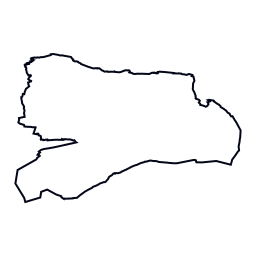 the district of Meldal nor, Sør-Trøndelag, Norway
{"feature_id": "86288312B14672421796799", "entity_name": "Meldal nor", "entity_type": "district", "adm_level": 2, "iso_a3": "NOR", "parent_name": "Norway", "parent_adm1": "Sør-Trøndelag", "projection": "robinson", "projection_center": [9.604, 63.038], "detail": "fine", "context": "isolated", "style": "outline", "palette": "ink", "viewbox_px": 256, "rotation_deg": 0, "n_neighbors": 0, "source": "geoboundaries", "source_scale": "gbopen_adm2", "svg_char_len": 5313}
<svg xmlns="http://www.w3.org/2000/svg" viewBox="0 0 256 256"><path d="M34.8,57.5L32.3,57.9L32.3,58.0L32.0,58.1L32.3,58.3L32.3,58.5L32.2,58.7L32.3,58.8L32.2,58.8L32.6,58.9L32.5,59.0L32.2,59.1L32.0,59.3L31.9,59.3L32.1,59.5L31.8,59.7L32.1,59.7L32.1,59.8L32.1,60.0L32.3,60.1L32.2,60.3L32.4,60.3L32.2,60.5L32.9,60.5L32.6,60.7L32.7,60.8L32.1,61.1L32.1,61.3L31.9,61.5L31.4,61.7L31.5,61.8L31.3,62.0L30.8,62.0L29.9,62.1L29.9,62.3L30.1,62.3L29.8,62.5L29.3,62.6L29.6,62.7L29.3,62.9L29.3,63.2L28.6,63.6L28.1,63.7L28.3,63.8L27.8,63.8L28.0,64.0L27.7,64.0L27.1,64.1L27.0,64.4L26.5,64.5L26.0,64.5L25.8,64.6L25.5,64.6L25.6,64.9L25.4,65.2L25.2,65.1L24.7,65.1L24.7,65.3L24.9,65.5L24.5,65.6L24.9,65.7L24.4,65.8L24.8,65.9L24.9,66.0L25.1,66.4L25.1,66.7L25.5,67.1L25.9,67.2L26.2,67.6L26.3,68.6L26.0,69.2L26.6,71.3L26.8,72.8L27.9,74.4L28.4,75.4L30.1,75.1L30.3,75.3L30.9,75.5L30.8,76.0L29.5,77.1L28.3,78.9L28.2,79.1L28.8,79.7L29.5,80.2L31.2,81.0L31.8,81.4L30.7,81.3L29.0,82.3L28.1,82.5L28.4,84.5L29.2,86.3L25.9,88.9L25.3,90.6L24.8,91.6L24.3,94.2L22.8,94.0L22.5,96.0L21.7,97.5L21.3,97.4L21.3,98.5L22.0,101.8L22.1,103.2L22.5,104.0L23.6,105.6L23.7,106.1L24.1,106.7L24.1,107.3L23.8,108.1L23.8,108.6L24.3,109.5L24.5,110.7L24.0,113.3L24.4,114.7L24.4,116.1L24.6,116.9L22.8,117.2L18.9,118.1L19.1,119.7L18.4,122.6L20.2,123.8L22.3,124.4L22.8,124.6L23.2,124.6L24.0,124.9L24.4,126.2L24.4,126.5L27.6,126.8L30.9,126.9L31.3,127.0L32.4,127.3L33.9,127.2L35.0,127.2L35.6,127.4L33.5,133.6L38.0,134.5L37.7,133.7L38.2,133.7L39.0,135.5L40.0,135.7L40.8,136.2L40.9,136.9L41.0,138.2L40.7,139.3L40.9,139.7L43.0,139.6L43.3,140.2L43.8,140.1L44.7,140.0L45.7,139.7L47.6,139.5L48.1,140.1L48.0,140.3L56.1,139.7L61.3,139.9L62.8,139.9L62.6,139.6L62.4,139.1L63.7,139.4L64.4,139.2L64.7,139.3L65.1,139.1L65.7,139.3L67.1,139.3L68.8,139.5L70.1,139.4L71.3,139.8L71.6,139.8L73.2,140.5L73.6,140.5L73.9,140.3L74.3,140.2L75.0,140.9L75.3,141.7L76.3,142.4L53.7,147.4L47.4,148.5L43.9,149.0L40.9,150.0L38.9,151.5L40.0,152.5L38.1,154.0L37.6,154.8L39.1,155.1L39.7,155.8L39.2,156.1L38.4,157.0L37.1,157.9L36.4,159.4L17.6,170.0L15.4,183.5L24.2,197.9L24.7,199.8L25.3,202.0L40.3,197.5L41.2,191.8L47.2,189.6L56.4,194.6L61.3,196.2L61.4,197.3L64.0,199.0L64.2,198.6L66.6,198.7L72.9,198.4L73.0,198.1L77.0,197.8L79.9,195.3L85.0,191.6L87.6,190.1L91.9,187.9L92.5,187.4L93.0,186.8L95.6,185.9L98.5,184.5L99.7,183.6L102.5,182.6L103.4,182.3L103.7,182.1L105.1,182.1L105.6,181.8L108.4,178.6L108.7,177.5L109.2,176.8L109.9,176.3L111.8,175.3L112.1,175.0L112.8,174.1L113.5,173.5L114.3,173.6L114.4,173.4L114.7,173.3L115.0,173.4L115.0,173.1L116.6,173.1L117.5,173.2L118.6,173.1L119.3,172.8L119.6,172.8L120.4,172.5L121.4,171.9L121.9,171.4L122.7,171.2L125.4,169.9L126.0,169.8L127.1,169.1L129.7,167.8L131.3,166.9L133.1,166.1L135.2,165.3L136.8,164.9L140.0,163.4L141.3,162.9L144.3,162.1L144.8,161.7L145.6,161.6L145.9,161.7L146.3,161.6L147.6,161.3L147.8,161.1L148.5,161.0L150.4,160.5L151.5,160.7L153.9,161.1L154.3,161.0L156.3,161.1L157.4,161.4L158.2,161.8L159.4,162.0L161.7,162.2L162.6,162.2L163.6,162.4L164.1,162.4L168.0,162.7L168.8,162.9L174.5,163.3L177.3,163.2L193.9,159.9L195.2,160.0L195.7,160.2L195.8,160.4L195.8,160.6L196.0,160.6L196.4,162.3L202.1,162.4L216.2,161.0L230.8,164.7L232.2,159.6L234.9,156.0L237.8,151.7L239.1,150.4L238.6,146.5L239.6,141.5L239.7,139.9L240.2,137.2L240.6,130.4L236.3,122.4L235.5,121.1L234.8,120.2L232.5,116.2L231.2,116.4L230.0,114.8L229.8,114.1L229.5,113.5L228.4,113.1L227.8,112.7L227.3,112.2L226.1,110.6L224.9,109.8L224.0,109.0L220.7,107.1L220.6,106.3L220.3,105.9L219.4,105.1L218.4,104.4L216.5,103.3L214.9,102.0L214.0,101.5L214.0,101.2L213.8,100.7L213.3,100.5L212.3,100.4L209.1,99.8L207.9,100.1L208.4,100.5L209.1,101.1L209.6,101.5L208.4,102.1L207.5,102.3L208.1,103.1L208.5,104.1L207.5,105.7L206.7,106.3L205.8,106.7L204.0,105.9L201.8,105.2L200.3,105.0L200.2,104.9L200.4,104.5L200.1,103.7L198.8,102.6L199.3,101.8L199.8,100.7L199.0,99.9L198.8,99.7L196.1,98.8L195.6,98.4L195.8,97.6L195.8,97.2L195.5,96.5L195.6,95.5L195.4,95.2L194.7,93.3L194.3,92.2L192.8,89.5L193.1,83.5L194.4,80.7L193.4,76.4L191.7,76.1L192.1,75.1L192.2,74.9L189.4,74.1L188.8,74.0L186.8,74.9L183.8,74.3L182.2,74.2L181.6,74.0L181.3,73.6L178.9,73.4L178.9,73.5L173.7,73.4L173.9,73.0L164.4,72.0L159.5,71.7L157.4,72.1L157.3,72.4L157.8,73.1L157.3,73.4L155.7,73.3L155.8,73.3L155.3,73.1L155.3,72.9L154.5,72.7L154.1,72.5L153.5,73.0L152.2,72.7L149.2,74.0L140.8,73.7L139.7,73.8L138.2,73.7L137.9,73.8L137.2,73.7L136.7,73.8L136.2,73.8L135.1,74.0L134.0,73.9L133.5,73.9L132.7,73.6L132.4,73.2L132.2,73.1L130.2,72.6L129.9,72.6L129.3,72.4L129.5,72.1L129.8,72.0L129.8,71.7L130.0,71.6L129.9,71.4L129.7,71.3L129.4,70.6L128.8,70.3L128.7,70.4L125.0,70.3L123.3,71.1L122.4,71.3L121.0,72.0L119.0,72.3L117.1,72.1L114.7,71.9L114.5,71.5L114.3,71.6L112.7,71.8L111.4,71.7L108.1,71.9L107.6,71.4L106.7,71.5L104.5,71.6L103.0,70.7L102.1,70.5L100.9,69.5L100.2,69.0L100.0,68.8L99.3,68.3L98.0,68.2L97.7,68.5L97.3,68.5L97.1,68.2L95.4,68.2L94.4,68.4L92.5,68.2L92.0,68.1L90.4,67.4L89.7,67.3L87.9,66.7L81.5,64.2L81.0,64.0L80.8,63.5L78.1,62.2L78.0,61.7L76.0,61.3L74.8,61.4L73.2,60.6L73.0,60.2L73.0,59.8L73.2,59.5L71.7,58.3L71.7,57.9L71.5,57.6L71.1,57.0L64.4,55.8L62.5,55.4L61.9,55.3L61.3,55.5L59.9,55.4L58.8,55.0L53.2,54.0L50.7,54.3L50.7,55.1L43.3,57.1L40.9,57.1L39.5,57.6L38.4,57.5L37.6,57.4L36.1,57.7L34.8,57.5Z" fill="none" stroke="#020617" stroke-width="2"/></svg>